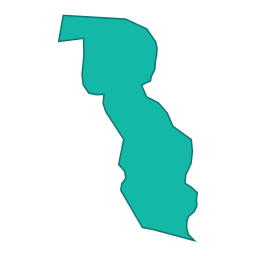 outline of Rukungiri
{"feature_id": "UGA-3373", "entity_name": "Rukungiri", "entity_type": "District", "adm_level": 1, "iso_a3": "UGA", "parent_name": "Uganda", "parent_adm1": "", "projection": "mercator", "projection_center": [29.905, -0.722], "detail": "fine", "context": "isolated", "style": "filled", "palette": "teal", "viewbox_px": 256, "rotation_deg": 0, "n_neighbors": 0, "source": "natural_earth", "source_scale": "10m", "svg_char_len": 701}
<svg xmlns="http://www.w3.org/2000/svg" viewBox="0 0 256 256"><path d="M58.7,41.5L63.2,15.4L125.6,19.1L146.7,28.9L155.6,41.7L157.1,48.3L156.5,56.1L155.5,60.8L154.8,69.4L151.2,76.6L150.4,81.1L145.7,82.9L141.6,85.3L146.5,96.8L158.3,102.8L167.2,113.0L172.9,126.3L191.3,139.6L192.4,151.5L191.0,163.5L185.8,174.7L185.0,183.2L191.7,187.5L197.3,192.7L196.4,199.5L196.9,205.9L194.3,211.5L188.3,216.7L186.9,221.6L186.6,227.3L188.3,234.4L194.4,240.6L152.2,229.3L142.4,227.5L120.8,190.3L121.7,183.9L125.8,178.2L124.6,171.2L118.7,164.5L123.7,139.3L105.9,111.9L103.1,103.6L104.0,94.4L96.3,94.7L88.9,93.2L83.2,84.9L82.0,74.7L83.9,56.4L83.6,38.3L58.7,41.5Z" fill="#14b8a6" stroke="#0f766e" stroke-width="1.5"/></svg>